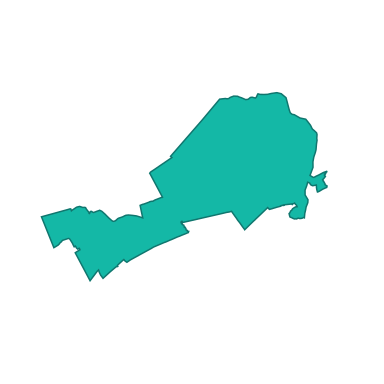 Ramnicu Sarat, Buzau, Romania (orthographic projection), rotated 217°
{"feature_id": "2599482B97788702400166", "entity_name": "Ramnicu Sarat", "entity_type": "district", "adm_level": 2, "iso_a3": "ROU", "parent_name": "Romania", "parent_adm1": "Buzau", "projection": "orthographic", "projection_center": [27.083, 45.416], "detail": "fine", "context": "isolated", "style": "filled", "palette": "teal", "viewbox_px": 384, "rotation_deg": 217, "n_neighbors": 0, "source": "geoboundaries", "source_scale": "gbopen_adm2", "svg_char_len": 5704}
<svg xmlns="http://www.w3.org/2000/svg" viewBox="0 0 384 384"><g transform="rotate(217 192 192)"><path d="M198.4,310.1L198.3,309.1L197.7,306.4L197.9,305.2L201.0,303.9L202.3,302.6L202.9,299.9L204.7,298.1L209.3,297.0L211.3,296.3L213.2,295.9L216.4,293.7L218.4,290.6L218.9,288.8L220.0,287.6L221.7,286.7L225.8,282.8L227.2,255.5L230.6,207.6L228.8,207.4L229.6,205.0L233.2,194.4L235.6,187.2L236.8,183.9L237.0,183.2L237.1,182.9L237.1,182.0L237.0,181.5L236.9,181.5L211.8,169.8L212.5,169.9L212.9,169.6L215.3,165.7L215.4,165.3L215.9,164.8L217.1,162.7L217.3,161.9L217.6,161.4L217.7,161.2L217.8,161.1L217.8,160.9L218.3,160.6L218.8,160.2L219.0,159.9L219.4,159.5L219.8,159.0L219.9,158.8L219.9,158.6L220.0,158.4L220.3,157.9L221.7,155.7L222.8,154.0L223.5,153.0L223.8,152.7L224.1,152.3L225.4,150.1L221.1,146.3L215.8,141.7L216.4,141.5L221.1,139.8L222.1,139.4L225.3,137.6L228.9,135.4L230.6,133.8L230.8,133.6L231.5,132.4L232.4,130.5L233.9,128.3L235.0,126.7L235.1,126.3L235.3,125.8L235.4,125.2L235.8,123.2L235.9,122.9L236.1,122.5L236.4,122.1L236.6,121.8L236.9,121.5L237.2,121.2L237.6,121.0L237.8,121.0L238.8,120.9L242.7,121.2L245.7,121.6L248.2,122.0L248.6,122.0L252.1,122.3L252.5,122.3L253.1,122.2L254.0,122.0L254.2,121.9L254.7,121.9L254.9,121.5L256.9,118.6L256.9,118.4L257.7,117.3L258.2,116.5L258.5,116.3L258.8,116.2L259.0,116.1L259.6,116.0L259.9,116.1L260.2,116.1L260.5,116.1L260.8,115.9L261.1,115.7L261.3,115.4L261.3,114.8L261.2,114.5L261.0,113.8L260.9,113.3L260.9,113.1L261.0,113.0L261.3,113.0L261.6,113.3L262.0,113.6L262.5,113.9L262.9,113.9L264.8,114.4L266.4,114.9L267.2,115.2L267.6,115.5L267.8,115.4L268.5,115.1L269.5,114.3L270.0,113.9L272.7,113.0L273.1,112.8L274.9,110.6L275.1,110.2L275.4,109.4L276.7,105.5L276.9,104.8L277.0,104.4L278.2,105.3L278.5,105.5L278.9,105.4L279.2,105.2L280.6,103.3L281.5,102.1L282.2,101.2L297.3,81.6L268.8,64.4L267.9,66.6L266.9,69.2L266.9,69.8L266.7,70.7L266.7,71.2L266.8,72.2L266.7,72.7L266.4,73.3L266.3,73.7L266.4,75.1L266.2,75.6L263.0,80.2L262.5,80.7L262.4,80.8L261.1,80.8L256.9,79.2L254.4,77.9L253.1,77.3L252.6,78.6L251.5,78.2L251.1,78.0L250.7,77.8L250.0,77.7L248.9,77.6L248.3,79.2L247.6,79.0L247.0,78.6L246.7,78.4L247.2,77.2L247.5,76.4L247.7,76.0L248.1,74.9L248.7,73.2L220.0,59.8L220.0,61.5L220.0,66.4L220.0,67.6L220.0,69.3L220.0,71.6L219.7,73.5L217.6,72.0L214.9,70.6L211.1,69.5L209.4,78.6L208.3,83.5L207.7,86.1L207.6,86.3L207.4,86.9L207.2,87.2L206.9,87.5L206.6,87.6L206.5,87.8L206.5,88.0L206.9,88.1L207.0,88.2L207.2,88.3L207.3,88.5L207.4,88.9L206.0,96.3L205.8,97.1L205.6,97.1L205.1,96.9L204.8,96.7L203.8,96.6L203.1,96.6L201.7,96.7L200.3,100.8L196.0,110.4L190.5,122.5L189.5,125.1L189.4,125.2L183.4,135.6L183.0,136.0L180.5,140.5L179.8,141.6L176.5,147.5L175.3,149.3L174.3,151.1L171.8,155.2L170.7,157.2L170.5,157.4L170.6,157.6L171.0,158.4L171.0,158.5L171.2,158.4L171.5,158.1L171.7,157.9L172.0,157.9L172.3,158.1L172.5,158.2L172.5,158.4L172.7,158.5L172.9,158.4L173.2,158.3L173.7,158.2L173.9,158.2L174.2,158.5L174.5,158.8L174.8,159.0L175.0,159.2L175.2,159.3L175.6,159.3L176.2,159.6L176.5,159.7L176.7,159.3L176.8,159.2L176.9,159.3L177.3,159.6L177.8,160.0L178.4,160.4L178.6,160.6L179.0,160.5L179.2,160.3L179.4,160.3L179.8,160.3L180.1,160.3L180.4,160.3L180.5,160.3L180.8,160.5L180.8,160.8L181.1,161.0L181.2,160.9L181.5,160.6L181.8,160.7L182.0,160.9L182.7,161.3L182.7,161.6L182.5,162.2L182.5,162.4L182.5,162.5L182.4,162.6L182.0,162.5L181.3,161.7L181.3,161.8L173.6,170.9L167.4,178.3L155.0,193.0L152.2,196.4L150.1,198.6L148.8,200.4L148.7,200.4L148.3,200.2L148.1,200.1L142.8,198.4L141.4,198.0L139.9,197.5L139.2,197.2L137.5,196.7L135.5,196.2L130.9,194.7L128.2,193.9L127.6,193.8L127.2,193.6L126.0,201.6L125.3,206.0L125.0,207.3L124.9,208.4L123.7,215.5L122.4,223.6L122.2,225.1L121.1,224.9L119.7,224.7L117.9,227.0L117.3,227.9L116.1,229.5L114.8,231.3L112.6,234.0L112.9,234.3L111.4,236.3L111.1,236.1L110.4,236.8L110.7,237.2L105.0,242.6L104.6,242.3L104.4,242.3L104.4,242.7L104.5,243.2L104.3,243.4L103.5,244.3L103.4,244.9L103.0,244.8L101.6,244.4L100.6,244.3L99.8,243.9L99.2,243.5L100.3,242.5L101.0,240.9L101.6,239.0L101.4,237.6L101.8,236.0L101.6,235.5L101.3,233.7L101.5,233.4L101.5,233.2L100.2,232.1L99.8,231.8L98.7,231.0L97.1,231.4L96.4,231.6L96.0,231.6L94.8,231.9L94.3,232.0L94.0,232.1L93.9,232.2L93.6,232.5L93.0,233.0L92.6,233.2L92.3,233.4L92.1,233.6L92.1,233.9L91.9,234.3L91.6,234.8L91.4,235.1L90.9,235.3L89.9,235.7L89.7,235.9L89.1,236.4L88.8,236.7L88.1,237.6L88.0,237.8L87.9,238.1L87.7,238.6L87.4,238.8L86.7,239.0L89.1,242.9L90.4,245.9L91.8,248.6L93.1,253.2L94.7,255.6L99.9,257.7L102.8,261.5L104.2,266.2L105.5,269.4L103.4,270.0L102.2,269.4L101.5,269.2L100.3,269.4L99.7,269.5L99.2,269.8L96.9,272.4L96.7,272.2L95.8,271.1L95.4,270.6L94.1,269.3L93.8,269.0L91.8,267.5L91.7,267.6L91.1,268.5L91.0,268.8L90.6,269.6L89.7,271.9L89.1,273.3L88.2,274.9L87.7,275.9L87.3,276.4L87.5,276.6L87.2,276.8L87.2,277.0L87.4,277.5L87.9,278.1L88.0,278.2L88.9,278.0L90.2,277.9L90.7,278.6L91.9,279.1L92.8,279.5L93.4,279.8L93.5,279.6L95.1,280.4L95.0,281.2L94.9,281.2L94.8,284.6L95.9,284.7L95.9,285.3L96.4,285.4L96.3,286.3L96.9,286.3L96.6,287.2L96.5,287.7L97.4,287.8L96.7,288.8L96.5,289.3L96.9,289.5L98.0,287.8L98.3,287.5L98.4,287.3L99.0,286.2L101.0,281.9L102.6,278.9L103.0,277.9L103.4,277.2L103.6,276.9L103.9,276.8L104.4,276.6L105.1,276.5L105.4,276.5L107.1,276.3L107.7,276.2L110.2,284.5L113.6,288.9L115.8,293.3L117.3,297.8L118.4,300.4L121.5,305.3L123.3,308.6L124.6,309.9L126.7,313.1L128.1,314.2L131.2,314.6L133.5,314.7L134.4,315.0L137.5,316.6L141.8,317.8L145.0,318.6L150.3,316.1L156.8,315.3L158.8,314.3L159.8,314.3L161.1,314.4L161.7,314.7L163.9,316.2L167.2,318.8L170.2,321.2L173.7,323.9L179.9,324.2L184.0,322.4L188.0,318.4L190.4,315.5L193.2,313.2L196.4,310.9L198.4,310.1Z" fill="#14b8a6" stroke="#0f766e" stroke-width="1.5"/></g></svg>